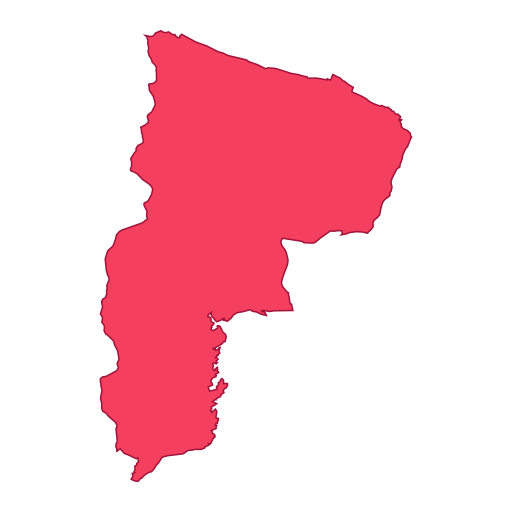 Capreni, Gorj, Romania (Equal Earth projection)
{"feature_id": "2599482B54330131448455", "entity_name": "Capreni", "entity_type": "district", "adm_level": 2, "iso_a3": "ROU", "parent_name": "Romania", "parent_adm1": "Gorj", "projection": "equal_earth", "projection_center": [23.598, 44.73], "detail": "fine", "context": "isolated", "style": "filled", "palette": "rose", "viewbox_px": 512, "rotation_deg": 0, "n_neighbors": 0, "source": "geoboundaries", "source_scale": "gbopen_adm2", "svg_char_len": 6050}
<svg xmlns="http://www.w3.org/2000/svg" viewBox="0 0 512 512"><path d="M288.3,292.8L286.3,291.1L282.4,286.3L281.6,283.7L281.6,281.7L282.1,279.6L283.3,275.6L287.4,264.9L288.0,261.1L287.8,258.7L286.2,252.4L285.0,249.8L282.1,246.0L281.0,243.1L281.0,240.8L282.7,238.3L299.4,240.9L302.4,241.5L303.9,242.7L312.5,243.1L315.0,242.5L320.3,238.1L330.3,231.0L333.8,231.2L338.5,230.6L341.6,230.9L342.1,231.6L342.0,232.6L342.4,233.7L341.3,234.8L346.2,233.9L349.7,232.5L356.2,231.7L362.3,232.0L367.6,233.2L368.4,232.0L370.9,229.8L373.2,226.6L372.9,222.7L374.6,219.8L377.1,217.8L379.6,215.0L381.2,207.1L382.1,203.9L383.2,201.6L384.7,199.6L389.3,196.2L390.1,194.9L389.7,193.1L391.2,190.9L392.0,187.0L391.0,182.7L391.9,178.6L396.8,169.0L399.7,167.1L400.0,164.8L402.0,159.2L402.8,154.9L405.4,149.1L407.5,146.6L410.9,138.1L411.6,137.2L410.7,135.9L410.2,133.1L407.4,130.5L403.2,128.6L401.7,127.0L401.3,126.0L401.2,123.8L400.3,122.7L400.3,121.0L399.5,120.4L401.4,120.2L401.7,119.8L399.3,119.1L400.7,116.9L398.3,114.5L397.6,114.0L396.7,114.4L395.3,113.7L393.6,111.4L391.5,110.8L391.2,109.7L387.9,107.2L386.2,107.5L381.5,105.4L380.4,106.2L374.4,104.0L370.6,102.3L365.3,98.2L361.8,96.3L352.2,92.0L351.8,91.5L353.3,87.4L348.1,84.3L344.8,81.4L343.4,81.1L340.1,78.1L332.9,74.5L330.5,80.2L327.2,78.8L327.1,79.9L316.6,78.1L307.8,78.2L307.3,77.0L305.2,76.3L304.9,76.6L298.3,74.6L291.1,73.4L275.8,68.5L268.3,67.8L265.6,68.7L258.0,64.9L248.4,61.5L247.6,60.6L246.1,59.8L228.0,55.5L222.9,53.0L218.0,51.7L207.1,46.1L195.8,42.0L181.6,34.3L179.8,36.1L179.5,37.8L177.7,37.6L175.5,35.8L175.0,34.6L172.7,34.6L168.6,31.9L165.5,32.7L162.5,31.9L160.9,30.7L155.6,33.0L154.5,34.1L153.9,35.4L152.3,36.3L150.3,36.5L145.3,35.5L146.8,36.9L148.0,40.8L147.7,43.3L148.7,47.9L148.1,51.3L149.0,55.5L151.4,59.2L152.1,62.1L155.3,65.3L156.4,67.6L156.1,70.6L156.5,73.7L156.5,80.4L154.6,82.6L152.4,83.6L149.2,83.9L148.6,85.1L149.3,87.8L149.2,89.4L149.9,91.2L153.4,96.6L154.9,101.9L155.2,104.9L151.7,112.0L148.5,114.3L147.4,115.9L147.3,116.7L148.4,120.7L148.1,122.5L145.4,124.9L140.7,127.3L141.3,129.1L141.6,132.7L142.4,134.8L142.5,137.3L143.2,139.2L143.2,141.9L142.8,142.8L141.2,143.9L137.8,145.5L136.1,148.5L136.0,151.4L134.7,152.3L130.7,158.7L131.7,162.3L131.4,166.5L130.4,169.7L131.1,171.0L134.0,172.0L137.1,173.8L142.8,179.7L149.3,184.2L151.8,187.0L152.4,188.6L152.5,190.5L151.5,194.6L148.6,200.0L147.3,201.5L144.5,202.9L143.9,204.0L144.2,205.7L147.1,211.4L146.6,214.1L146.7,216.5L147.6,218.7L142.5,222.8L122.3,229.9L119.5,231.4L116.4,235.0L115.6,239.0L113.0,246.0L108.0,250.5L107.3,252.0L105.2,259.1L106.3,269.9L107.4,274.4L108.9,277.8L109.1,279.8L107.1,284.6L106.8,286.4L107.2,288.1L106.6,290.2L106.7,293.5L106.3,295.1L105.3,297.7L102.8,299.1L101.9,300.8L101.7,302.1L102.5,307.0L100.4,314.0L102.4,317.1L102.3,319.9L101.8,322.1L104.1,325.3L104.5,328.1L104.1,329.6L104.2,330.9L105.7,334.0L107.6,335.1L113.6,341.1L114.6,344.9L117.6,350.8L119.0,359.2L117.1,363.6L118.3,367.4L117.5,369.5L116.7,370.7L106.3,376.3L102.4,377.0L100.4,378.7L100.4,382.3L101.0,383.7L100.9,386.0L101.8,388.7L101.8,391.8L101.1,394.5L100.6,398.8L101.7,403.3L101.7,408.2L102.7,411.2L106.3,413.4L108.4,416.2L116.1,422.9L115.9,423.4L117.2,425.5L115.9,429.2L116.4,431.2L116.2,432.0L116.6,433.1L116.3,434.0L117.0,435.5L116.6,436.5L117.2,437.7L116.9,439.2L117.3,441.4L116.3,443.3L115.7,446.1L116.8,449.0L116.8,451.2L117.7,450.9L119.1,449.4L120.3,448.9L124.3,453.5L128.3,454.9L136.0,458.6L136.5,458.7L137.8,457.9L138.1,458.4L138.3,462.0L136.6,463.7L136.6,465.2L134.9,466.1L135.0,469.5L134.1,471.6L134.1,472.2L134.8,472.6L133.8,473.4L132.3,473.3L132.9,476.7L131.4,478.5L131.2,479.4L135.5,481.1L137.9,481.3L138.9,480.6L140.3,478.6L141.9,478.0L144.1,475.5L148.7,472.4L151.6,471.7L154.1,468.8L156.6,464.8L158.2,463.3L162.2,457.2L167.6,455.7L182.7,453.9L184.2,453.2L186.9,451.1L189.2,450.2L192.3,450.1L194.7,449.4L201.3,449.4L204.8,447.9L204.9,447.2L205.7,446.6L209.1,444.9L209.3,444.5L208.6,443.7L210.6,443.7L213.1,438.7L215.1,436.7L214.5,436.0L214.9,435.5L214.7,434.9L213.6,433.8L212.4,433.4L212.3,431.8L211.2,430.6L216.1,428.6L216.1,426.6L216.7,425.7L215.3,425.1L215.7,423.9L216.8,423.7L217.7,422.6L217.5,420.7L218.2,420.4L218.6,419.0L218.3,418.4L216.5,418.2L215.9,417.3L216.8,411.6L215.5,409.1L211.7,412.4L211.6,411.1L210.6,410.9L210.7,409.6L211.8,408.8L211.1,407.3L216.7,403.7L212.4,401.7L215.2,399.7L216.0,399.8L216.1,399.0L218.2,397.6L220.0,396.9L220.8,396.0L221.6,394.1L223.9,392.8L224.0,392.2L223.2,391.3L223.3,390.3L224.7,388.5L226.2,387.9L227.5,385.5L227.6,383.9L227.4,383.5L225.9,383.4L223.6,383.7L223.5,380.0L221.8,378.5L220.4,380.0L220.0,381.7L218.4,382.5L218.4,384.9L216.4,386.8L217.2,388.9L214.3,390.0L209.5,391.1L208.2,386.8L212.6,385.1L212.1,383.3L210.8,381.6L211.5,379.5L213.0,377.7L216.0,376.7L215.9,375.9L216.3,375.4L215.4,374.8L215.5,374.1L218.7,372.6L218.3,371.8L217.1,370.9L217.7,369.2L217.3,368.6L217.5,367.5L217.3,367.2L215.2,369.0L214.9,370.6L214.1,370.8L212.6,368.0L213.5,366.3L212.8,363.7L213.4,363.1L215.1,363.2L216.0,363.9L217.3,362.7L216.6,362.5L216.1,361.5L218.1,359.3L216.7,357.6L215.5,357.6L216.2,356.5L217.4,355.8L217.2,355.3L218.1,355.2L218.3,354.4L219.8,353.1L219.0,351.3L220.1,347.4L219.3,347.6L218.5,348.8L215.9,350.4L215.3,350.0L215.2,349.1L213.3,349.1L213.0,348.5L214.4,348.3L222.5,343.5L223.0,342.1L225.2,341.5L226.2,336.7L225.5,334.3L222.9,332.1L220.2,326.5L219.3,325.9L217.5,325.7L217.2,326.0L217.6,327.4L217.3,328.3L213.2,330.5L211.1,329.7L211.3,328.1L211.9,327.3L211.4,327.0L211.6,326.2L213.6,324.4L214.0,323.1L211.3,321.7L210.9,319.8L211.1,318.9L210.6,317.9L209.3,316.8L208.2,316.9L207.7,315.5L211.4,312.3L211.2,314.9L211.5,316.0L216.5,321.7L219.9,320.7L223.9,318.1L224.5,319.0L223.2,319.8L223.2,320.3L226.3,320.7L227.1,321.4L231.2,318.2L233.2,315.1L237.1,312.7L243.3,311.6L250.3,309.7L252.5,311.3L256.2,311.9L261.3,314.3L266.4,315.5L265.7,313.7L264.9,313.0L265.0,312.4L264.4,311.9L262.3,311.7L261.7,311.1L261.8,310.5L266.8,310.8L267.6,311.3L269.5,311.5L274.1,310.8L292.9,310.5L291.5,304.1L290.2,303.9L288.8,295.5L288.0,292.9L288.3,292.8Z" fill="#f43f5e" stroke="#9f1239" stroke-width="1.5"/></svg>